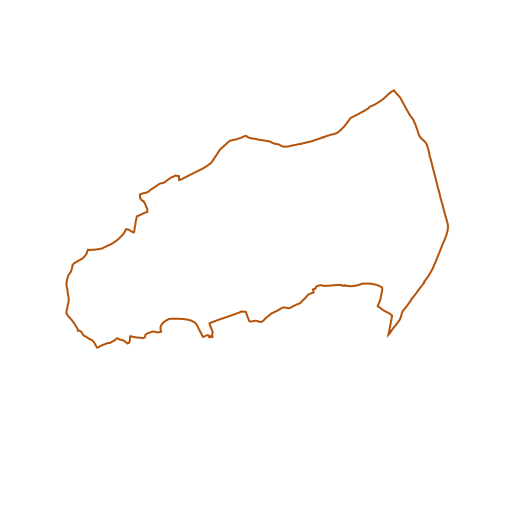 outline of Bang Khen, Bangkok Metropolis, Thailand, rotated 161°
{"feature_id": "78962969B44452950449651", "entity_name": "Bang Khen", "entity_type": "district", "adm_level": 2, "iso_a3": "THA", "parent_name": "Thailand", "parent_adm1": "Bangkok Metropolis", "projection": "mercator", "projection_center": [100.635, 13.871], "detail": "fine", "context": "isolated", "style": "outline", "palette": "amber", "viewbox_px": 512, "rotation_deg": 161, "n_neighbors": 0, "source": "geoboundaries", "source_scale": "gbopen_adm2", "svg_char_len": 6076}
<svg xmlns="http://www.w3.org/2000/svg" viewBox="0 0 512 512"><g transform="rotate(161 256 256)"><path d="M448.7,243.3L447.6,243.2L446.8,242.4L446.1,241.3L445.6,240.5L445.1,237.5L444.8,236.9L444.0,236.1L442.6,234.5L441.4,232.9L439.9,231.2L438.6,229.9L437.8,228.7L437.4,227.7L436.9,225.2L436.2,221.2L435.4,221.0L434.5,221.1L431.2,221.7L429.2,221.8L424.2,221.9L422.6,221.4L422.2,221.4L417.2,222.3L415.8,222.8L414.9,223.3L414.1,223.4L413.4,223.1L412.3,221.6L412.0,221.3L409.0,219.5L407.5,217.5L406.1,215.2L404.5,215.2L403.5,216.0L402.9,217.0L401.2,220.9L401.0,221.1L400.4,220.8L397.4,218.9L395.1,217.7L393.2,216.9L390.1,215.4L389.3,215.2L388.3,215.1L387.7,215.3L387.3,215.6L386.8,216.4L386.3,217.4L384.6,218.1L383.7,218.2L382.0,218.1L379.6,218.2L378.3,218.2L377.0,217.8L376.2,217.3L374.9,216.3L374.0,215.8L373.0,215.6L370.3,215.3L370.2,215.7L370.0,218.3L369.5,219.6L369.0,220.4L368.3,221.2L366.6,222.5L364.9,223.4L363.7,223.8L362.7,224.0L361.2,224.4L358.8,224.8L358.4,224.8L353.9,223.4L352.7,223.0L352.7,222.9L352.4,222.9L350.4,222.1L349.5,221.8L347.6,221.1L341.3,218.1L338.3,216.0L335.9,213.5L335.2,212.5L334.3,209.5L333.9,207.7L334.0,207.0L333.9,205.8L333.3,202.2L332.9,200.2L332.7,197.5L332.5,196.8L332.4,196.7L332.1,196.6L328.9,197.0L328.1,197.0L327.4,196.9L326.8,196.5L326.4,195.9L326.3,195.4L326.7,194.7L325.8,194.0L325.6,194.1L325.3,194.7L325.0,194.8L323.7,193.5L323.4,193.8L323.2,195.0L323.0,196.0L322.0,197.6L321.6,198.5L321.8,199.7L322.0,204.3L321.9,205.2L322.0,206.8L321.8,207.6L321.3,207.7L317.5,207.7L314.3,207.9L310.1,207.9L304.5,207.8L289.5,208.0L289.2,208.1L288.5,208.4L284.3,206.8L283.8,206.4L283.8,204.9L283.8,201.5L283.6,197.5L283.5,196.7L283.2,196.2L282.5,195.9L281.3,195.5L278.6,195.2L277.5,194.9L275.0,193.4L274.4,192.8L272.8,192.0L271.6,192.1L270.1,192.5L266.4,194.4L263.5,195.3L260.1,196.7L259.3,196.8L258.1,196.7L256.1,197.2L253.7,197.3L248.2,198.5L247.4,198.5L246.4,198.4L244.6,197.5L243.6,196.7L242.1,195.9L240.2,195.9L237.4,196.4L233.9,196.8L232.6,196.9L229.8,197.0L229.2,197.2L226.3,198.8L223.1,200.2L219.4,202.4L217.8,202.7L213.3,202.8L213.0,205.9L212.5,205.9L210.3,205.8L209.7,206.9L209.3,207.3L209.0,207.4L207.9,207.6L207.2,207.7L203.8,207.2L202.1,205.9L201.2,205.5L195.3,203.8L190.7,202.7L188.8,202.3L184.8,200.8L184.8,200.2L181.7,198.9L181.6,199.4L179.1,197.9L176.7,196.7L174.4,196.1L171.5,195.5L166.6,195.1L164.8,195.3L161.3,194.2L156.8,192.6L155.3,191.9L155.2,191.6L153.6,190.8L152.2,189.9L150.4,188.6L149.3,187.7L147.3,185.5L147.1,185.0L147.1,184.5L147.4,183.7L148.1,181.9L149.8,179.3L151.3,176.7L152.2,174.9L153.7,173.0L157.3,168.9L157.2,168.6L155.9,167.2L153.7,163.8L151.3,161.0L148.8,158.5L148.3,157.9L146.7,155.3L154.8,141.1L156.4,138.5L154.1,139.7L152.5,141.2L150.6,142.4L149.8,143.1L149.2,143.3L148.1,144.1L146.7,144.8L145.2,146.0L143.6,146.9L142.7,147.7L141.3,148.6L140.2,149.6L137.9,152.5L137.6,153.2L137.0,154.1L135.7,155.6L134.9,156.4L132.4,157.8L130.1,159.4L129.5,159.7L127.9,160.8L124.7,163.1L122.9,164.7L122.0,165.1L116.4,168.8L115.2,169.7L111.4,172.3L107.7,174.7L106.5,175.6L106.3,175.6L105.3,176.4L105.5,176.8L105.4,177.0L100.7,180.0L97.9,182.2L93.7,186.0L92.9,186.7L91.1,188.7L90.9,189.1L88.0,192.1L74.9,207.3L72.4,209.9L69.0,214.0L66.5,217.8L64.8,221.3L64.2,224.9L63.6,236.1L63.1,242.3L62.8,243.8L62.9,245.7L62.7,249.8L61.8,259.0L61.9,260.9L61.1,268.2L60.3,279.0L59.5,288.5L59.3,290.5L59.3,294.2L59.0,295.1L58.7,296.8L58.4,301.4L58.2,305.8L58.4,306.2L58.5,307.5L60.3,311.4L61.4,313.3L61.9,314.7L62.4,316.1L62.5,318.2L62.4,322.5L62.5,326.1L62.5,330.1L62.8,330.4L62.9,333.4L63.3,335.1L64.4,338.2L65.5,343.3L68.0,358.2L68.3,359.5L69.3,361.8L70.3,363.8L71.7,367.8L75.1,367.0L77.1,366.3L78.4,365.8L83.1,363.6L87.5,362.1L94.6,360.5L100.0,360.0L101.8,359.0L102.5,358.7L104.7,358.5L106.6,357.8L107.7,357.8L114.6,356.6L116.8,356.4L121.5,355.7L129.0,350.7L130.3,349.8L135.3,347.4L139.0,346.0L139.9,345.9L141.4,345.9L143.6,346.0L146.5,346.4L147.5,346.3L149.2,346.4L151.1,346.5L151.4,346.4L151.7,346.2L151.9,346.2L152.7,346.4L153.1,346.1L153.3,346.0L153.6,346.1L153.9,346.5L154.0,346.6L154.5,346.3L155.2,346.5L156.2,346.5L157.2,346.2L158.5,346.4L163.4,346.4L164.7,346.4L165.7,346.2L166.4,346.5L167.8,346.5L170.1,346.8L174.5,347.2L176.0,347.4L176.7,347.2L177.8,347.6L183.1,348.3L186.6,348.8L190.1,349.1L193.7,350.2L194.8,350.7L195.7,351.3L198.0,353.9L198.5,354.3L199.1,354.7L200.2,355.1L202.7,356.8L204.2,358.1L204.7,358.9L205.7,359.8L209.3,361.8L215.4,365.0L218.4,366.9L219.4,367.5L220.5,367.9L223.4,369.6L224.9,370.9L225.5,371.6L226.3,372.9L228.4,373.0L229.7,372.9L230.4,372.7L235.3,372.7L237.0,372.7L239.3,373.1L243.3,373.5L252.2,369.7L254.7,368.7L255.8,368.0L260.0,364.7L267.8,358.8L268.5,358.5L270.8,357.8L274.8,356.6L278.5,355.9L289.0,354.6L299.3,353.1L303.9,352.6L304.0,352.7L304.0,352.8L302.9,356.6L306.2,358.4L308.1,357.9L310.4,357.9L311.4,357.7L312.4,357.3L313.4,357.1L319.6,355.2L321.0,355.4L323.1,355.8L333.4,353.1L334.6,352.8L336.7,351.8L337.8,351.8L338.8,351.5L339.9,351.8L342.5,352.1L344.2,352.0L345.7,352.0L346.7,348.6L346.6,347.8L346.1,346.9L346.0,346.1L345.0,344.6L344.6,344.7L344.4,344.4L344.2,343.0L343.8,341.3L343.9,339.8L343.5,336.7L343.5,336.3L344.4,333.0L347.2,333.1L354.4,332.3L355.7,332.3L358.7,327.4L359.8,325.0L361.0,323.1L362.2,320.9L362.7,319.6L363.5,318.4L363.9,318.1L366.0,319.9L366.9,321.5L367.7,322.2L368.9,323.1L369.8,323.6L370.1,323.6L370.8,323.1L371.6,322.2L373.5,320.6L376.2,318.9L380.4,316.9L383.4,315.8L384.8,315.5L386.9,314.8L390.1,314.2L392.4,314.2L394.6,313.8L397.2,313.6L399.0,313.1L400.9,313.6L403.1,313.8L406.6,314.5L408.1,315.0L410.6,315.6L411.8,316.0L412.7,316.7L413.8,315.6L415.2,313.7L415.7,313.2L417.1,312.1L420.0,310.5L421.4,310.0L423.0,309.8L424.4,309.5L430.3,308.4L432.3,307.3L432.4,306.9L433.9,304.5L435.9,301.6L439.4,299.1L440.9,297.3L443.2,293.6L444.3,291.3L445.0,288.8L445.1,286.7L446.1,282.0L446.3,280.5L446.8,277.2L447.4,275.4L448.9,272.4L450.5,270.1L451.6,267.9L452.2,267.1L452.8,266.0L453.4,264.9L453.7,264.0L453.8,263.6L453.2,260.4L451.5,256.6L450.0,252.1L449.6,250.5L448.7,246.6L448.6,245.7L448.6,244.4L448.7,243.3Z" fill="none" stroke="#b45309" stroke-width="2"/></g></svg>